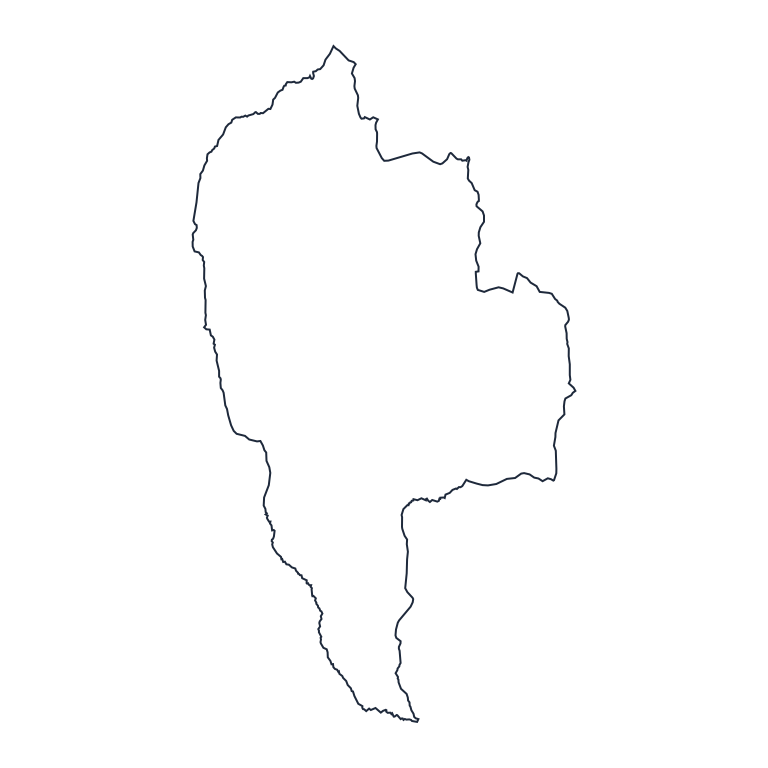 the district of Tuek Phos, Kâmpóng Chhnang, Cambodia
{"feature_id": "14789045B78465140350357", "entity_name": "Tuek Phos", "entity_type": "district", "adm_level": 2, "iso_a3": "KHM", "parent_name": "Cambodia", "parent_adm1": "Kâmpóng Chhnang", "projection": "equal_earth", "projection_center": [104.364, 12.056], "detail": "fine", "context": "isolated", "style": "outline", "palette": "slate", "viewbox_px": 768, "rotation_deg": 0, "n_neighbors": 0, "source": "geoboundaries", "source_scale": "gbopen_adm2", "svg_char_len": 6081}
<svg xmlns="http://www.w3.org/2000/svg" viewBox="0 0 768 768"><path d="M333.5,46.1L329.9,53.8L325.5,59.6L323.6,65.3L320.2,69.1L317.7,69.5L315.8,71.2L313.2,71.7L313.1,72.9L313.9,76.0L313.1,78.4L312.1,79.0L311.2,78.6L310.0,76.0L309.4,77.4L307.5,78.1L303.3,78.1L300.8,81.7L298.6,82.6L295.9,82.8L294.2,81.7L291.5,82.3L287.3,82.1L285.9,84.1L285.7,85.5L284.3,85.7L283.6,86.8L282.5,89.8L280.4,90.6L277.8,92.5L275.0,97.9L273.2,99.6L272.5,104.6L270.4,109.0L268.4,108.8L263.0,113.2L260.7,113.0L259.7,113.9L257.9,113.9L255.9,112.1L255.3,112.2L253.3,114.1L248.4,115.5L247.1,116.6L245.3,115.6L243.2,116.8L241.5,116.7L240.1,117.5L235.8,117.4L232.2,119.8L231.3,122.6L228.5,124.2L225.8,127.3L223.1,134.5L218.5,139.9L217.1,146.0L214.9,146.6L214.2,148.5L212.2,150.1L211.4,151.7L209.6,152.4L207.5,154.3L206.9,158.3L207.1,160.8L204.4,165.4L202.9,170.6L200.3,174.1L200.4,178.1L198.5,183.0L196.5,202.3L193.4,220.9L195.0,224.1L196.6,225.1L196.8,227.9L195.9,230.3L193.3,233.0L192.7,234.5L193.3,239.8L192.6,241.9L192.7,246.5L194.6,251.4L198.9,252.4L200.7,255.0L202.2,256.0L203.0,257.1L202.7,260.0L204.2,262.0L203.8,265.6L204.3,268.2L204.1,278.6L205.9,286.1L204.8,290.5L205.0,297.7L205.6,300.0L205.4,312.8L205.9,315.2L205.2,319.9L206.0,324.8L204.1,327.3L206.3,329.3L209.7,329.6L210.9,335.4L212.8,336.7L214.4,339.6L213.6,343.7L214.9,344.7L214.1,347.7L215.2,351.7L217.0,354.5L216.6,360.6L219.1,370.9L219.1,376.7L220.5,378.3L220.8,379.7L220.4,382.9L220.8,388.0L222.6,390.3L223.6,392.7L225.3,405.4L227.0,409.0L228.2,415.3L231.1,425.3L233.7,430.9L236.6,433.8L245.0,435.9L249.2,439.5L257.0,441.4L260.4,441.0L262.9,445.5L264.4,450.2L266.2,452.5L266.5,460.9L269.3,467.2L270.3,472.9L268.8,485.2L264.1,497.5L263.7,505.6L265.4,508.9L265.7,512.1L266.8,513.3L265.6,514.4L267.7,515.6L266.9,517.8L267.3,518.8L269.1,521.7L270.4,521.6L270.0,523.5L271.5,525.4L272.1,530.4L273.7,530.0L274.6,530.8L273.9,536.5L273.1,538.7L271.9,539.7L271.7,541.1L272.8,542.5L272.2,544.4L272.9,547.2L277.0,553.5L281.0,556.9L281.4,559.2L282.2,559.0L283.2,562.0L284.9,561.7L286.4,564.3L288.9,564.7L291.9,567.4L295.3,568.5L296.0,570.7L298.0,572.8L298.1,573.7L299.2,574.1L299.8,575.1L301.5,575.3L302.2,578.2L306.7,580.3L306.6,583.1L307.1,583.6L308.1,583.3L308.8,584.7L309.6,585.2L311.1,585.2L310.6,586.7L311.9,588.2L311.6,589.3L312.2,595.7L312.4,596.2L313.4,595.9L315.8,598.3L315.1,600.4L316.4,602.8L316.3,603.8L317.9,605.7L318.2,607.5L319.4,608.4L320.2,610.7L321.4,611.4L322.4,613.6L320.8,616.2L321.5,619.0L319.7,621.4L319.3,623.0L320.1,626.4L318.3,629.1L319.0,630.8L318.9,632.2L321.3,636.8L320.6,637.8L321.0,639.5L320.5,642.1L320.9,643.5L323.4,647.8L326.7,649.3L327.6,652.3L327.8,657.3L330.4,660.9L331.5,664.3L333.0,664.1L333.4,667.2L334.9,668.9L337.1,669.7L338.3,671.8L338.9,671.4L339.4,673.8L342.3,676.0L343.1,677.9L346.2,681.0L347.7,685.0L350.9,688.3L351.7,691.1L353.0,691.5L354.4,696.0L358.3,703.8L362.4,706.1L362.3,707.8L363.0,709.1L364.2,709.3L366.2,711.1L369.1,708.6L370.8,710.0L375.5,708.0L380.8,712.6L383.1,710.8L385.8,709.8L386.4,710.2L386.2,711.6L387.6,712.8L390.5,712.7L391.4,714.1L392.2,713.3L393.7,716.6L394.6,716.6L396.7,715.0L397.3,715.2L400.7,719.1L401.9,718.4L402.7,718.5L403.5,719.9L404.8,719.0L406.4,719.6L409.3,719.4L411.0,719.9L412.0,721.0L417.1,721.9L418.4,719.1L415.7,718.3L414.2,716.9L413.5,713.7L411.4,710.3L410.4,706.6L409.7,705.7L409.5,702.4L408.1,700.5L407.8,697.5L406.6,693.9L401.0,688.8L398.6,682.4L398.4,679.5L397.7,678.6L398.0,677.0L395.6,673.2L397.4,670.1L397.6,668.5L399.3,666.4L399.5,664.9L400.6,663.0L399.6,650.7L398.9,648.8L398.9,646.9L400.5,643.4L400.6,641.2L396.3,637.9L395.5,635.4L396.0,629.5L397.8,622.7L399.1,620.4L410.6,606.7L412.7,602.3L413.2,599.1L412.6,597.8L407.4,592.2L405.2,588.2L406.7,573.3L407.1,559.2L407.9,551.7L406.8,544.2L407.1,539.5L404.6,535.8L402.3,528.9L402.0,526.9L402.1,517.1L401.6,515.0L403.4,509.1L407.4,505.1L408.5,505.2L408.8,503.6L409.3,503.7L410.2,502.4L411.2,502.2L411.7,500.8L413.3,500.5L413.5,499.2L417.5,500.2L421.4,498.3L425.9,500.3L426.1,499.0L426.9,498.6L428.2,500.7L429.9,502.0L432.2,500.0L437.3,501.6L438.8,500.9L439.4,498.7L440.2,498.9L440.3,497.7L443.8,497.5L444.7,498.0L445.5,494.6L449.7,492.9L452.5,489.9L456.0,488.5L456.9,489.0L458.9,487.1L460.5,487.2L462.3,486.1L466.3,479.8L468.8,481.2L476.7,483.6L482.6,485.1L488.0,485.4L496.3,484.0L506.9,478.9L515.1,478.0L521.2,473.6L524.1,473.1L529.6,474.4L534.2,477.6L538.5,478.5L542.6,481.2L547.8,478.3L551.0,479.2L553.3,480.6L554.0,480.2L556.3,473.3L556.4,468.9L555.8,450.7L553.9,445.7L555.4,437.0L555.5,433.0L558.5,420.4L564.4,414.4L563.9,406.4L564.5,401.3L565.4,398.5L571.3,395.2L572.8,392.8L575.4,390.9L573.6,387.7L568.8,383.4L570.4,379.8L569.8,375.1L569.8,364.3L568.7,356.1L568.8,348.4L567.2,343.9L567.5,342.1L566.7,338.8L566.6,333.2L565.2,326.5L565.3,325.1L568.1,321.7L568.9,319.7L568.8,318.1L567.3,311.0L565.3,307.7L559.3,303.7L557.6,301.8L557.2,300.6L555.1,299.0L551.8,293.8L549.0,292.9L539.7,291.9L536.6,286.2L530.6,282.6L527.0,278.1L522.9,276.4L519.2,273.3L518.0,273.2L517.5,273.8L512.6,292.5L503.2,288.4L498.6,287.3L489.6,289.7L484.2,291.9L477.8,289.9L476.9,287.7L476.6,285.1L475.8,273.5L475.8,271.8L478.5,271.4L478.6,266.7L476.2,260.6L475.5,254.2L477.0,249.2L480.3,243.3L478.7,235.8L478.8,232.4L480.4,227.2L484.0,221.8L484.0,215.5L482.6,211.4L476.6,206.3L476.4,204.7L476.8,203.4L477.8,201.6L478.8,201.1L478.9,200.1L478.6,194.8L477.5,191.7L474.7,190.2L471.7,183.1L469.0,180.6L467.8,178.5L468.3,169.9L467.6,166.9L468.5,162.1L469.4,159.8L469.0,157.5L468.3,157.1L467.3,158.2L466.5,160.7L465.6,160.2L462.3,160.7L461.1,159.3L457.8,159.3L456.5,158.6L451.3,153.2L450.5,153.0L449.3,154.1L447.1,159.2L442.4,163.4L440.1,164.2L433.3,161.7L422.0,153.4L419.6,152.4L412.4,153.5L388.4,160.6L384.2,160.8L381.8,158.1L376.6,148.1L376.4,145.9L377.0,141.6L377.1,133.9L377.0,132.2L375.6,129.3L375.5,125.1L376.1,122.7L377.9,119.4L373.2,117.3L369.9,119.5L364.8,117.1L364.0,118.4L361.5,118.7L360.5,117.5L358.9,113.8L357.3,105.8L358.2,97.9L357.9,95.3L354.7,88.6L354.4,86.1L355.0,81.1L354.6,78.1L351.9,73.5L353.6,67.7L355.7,64.2L353.7,62.1L348.6,60.4L339.6,50.9L335.9,48.5L333.5,46.1Z" fill="none" stroke="#1e293b" stroke-width="2"/></svg>